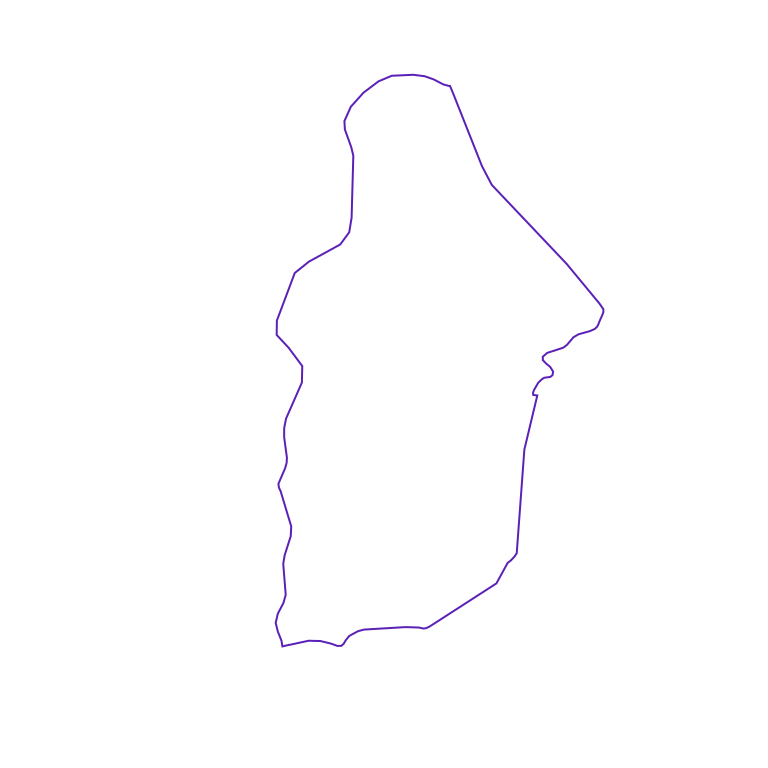 SVG path tracing the border of Chikwawa, rotated 45°
{"feature_id": "MWI-1916", "entity_name": "Chikwawa", "entity_type": "District", "adm_level": 1, "iso_a3": "MWI", "parent_name": "Malawi", "parent_adm1": "", "projection": "albers", "projection_center": [34.734, -16.216], "detail": "fine", "context": "isolated", "style": "outline", "palette": "violet", "viewbox_px": 768, "rotation_deg": 45, "n_neighbors": 0, "source": "natural_earth", "source_scale": "10m", "svg_char_len": 1365}
<svg xmlns="http://www.w3.org/2000/svg" viewBox="0 0 768 768"><g transform="rotate(45 384 384)"><path d="M497.7,641.4L493.0,638.0L484.1,634.2L476.3,629.5L471.3,621.4L467.7,609.9L463.6,602.6L439.9,582.4L434.8,575.3L425.7,557.6L419.1,550.3L386.9,533.0L383.0,531.6L379.9,529.2L373.6,513.4L370.9,508.6L367.5,504.8L351.0,492.2L344.7,485.9L339.2,477.7L324.9,441.0L313.5,429.1L290.9,425.8L273.4,425.2L263.4,414.9L242.4,368.6L244.4,350.5L254.4,316.2L252.1,301.3L243.5,289.3L200.9,244.3L193.4,239.7L176.4,231.7L170.1,226.1L164.5,211.4L163.5,192.4L166.1,173.9L171.5,160.6L186.0,144.7L195.0,137.7L203.7,133.5L214.2,130.2L219.8,126.9L220.0,126.6L227.3,129.6L299.3,160.7L319.5,167.0L428.2,169.9L479.7,174.8L486.2,176.0L488.3,178.1L489.3,180.1L492.1,187.4L493.3,190.0L494.2,192.9L494.1,196.1L492.2,201.0L486.4,211.3L484.9,217.0L485.7,227.0L485.1,231.5L477.4,246.6L477.0,252.5L479.5,254.8L484.4,254.9L489.5,254.4L494.9,255.7L496.9,258.6L496.6,261.4L492.8,266.4L492.2,269.7L492.2,274.2L494.4,282.4L495.8,285.1L497.3,286.2L500.5,283.7L529.6,331.1L597.5,409.8L598.3,413.7L598.5,419.1L597.9,423.0L604.5,445.5L587.7,523.4L586.3,527.1L584.6,529.2L580.9,531.5L571.1,540.7L543.5,571.8L540.4,577.2L537.6,586.5L538.1,592.0L539.2,596.4L538.9,599.4L536.2,602.2L530.0,605.1L520.8,610.7L512.2,618.9L501.3,635.8L501.2,635.8L497.7,641.4Z" fill="none" stroke="#5b21b6" stroke-width="2"/></g></svg>